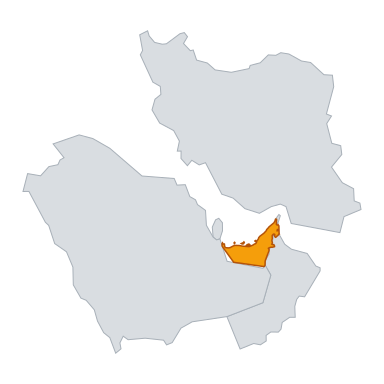 United Arab Emirates shown with its bordering countries
{"feature_id": "ARE", "entity_name": "United Arab Emirates", "entity_type": "country or territory", "adm_level": 0, "iso_a3": "ARE", "parent_name": "Asia", "parent_adm1": "", "projection": "robinson", "projection_center": [54.388, 24.345], "detail": "fine", "context": "with_neighbors", "style": "filled", "palette": "amber", "viewbox_px": 384, "rotation_deg": 0, "n_neighbors": 4, "source": "natural_earth", "source_scale": "50m", "svg_char_len": 4518}
<svg xmlns="http://www.w3.org/2000/svg" viewBox="0 0 384 384"><path d="M213.1,237.1L212.3,227.1L215.6,219.8L218.8,218.3L222.4,222.7L222.5,230.8L219.9,238.9L216.6,239.9L213.1,237.1Z" fill="#d9dde1" stroke="#a8b0b8" stroke-width="1"/><path d="M265.3,265.4L265.6,259.8L269.1,254.1L269.1,248.4L274.5,245.7L272.3,243.8L273.3,234.8L279.4,234.8L284.7,244.2L291.4,249.2L307.2,253.5L315.8,266.0L320.1,267.8L320.1,270.9L304.6,296.8L299.2,296.1L296.7,299.4L294.8,306.4L295.2,317.3L289.7,317.3L282.2,322.4L281.0,329.2L278.3,332.1L270.8,332.0L266.1,335.4L266.2,341.0L260.4,344.8L253.7,343.5L240.1,349.0L226.9,316.6L262.9,302.7L270.8,275.1L265.3,265.4ZM277.7,223.9L275.4,219.2L278.9,214.5L280.3,215.7L277.7,223.9Z" fill="#d9dde1" stroke="#a8b0b8" stroke-width="1"/><path d="M187.4,165.7L181.0,158.5L181.1,151.1L177.3,151.1L179.4,141.1L173.7,130.6L159.7,123.1L152.0,109.9L155.0,99.2L160.9,94.4L160.3,86.4L152.9,82.2L140.3,54.8L142.6,50.5L139.7,34.8L147.6,30.8L149.2,36.0L154.6,42.4L162.3,44.2L166.4,43.8L180.0,33.7L184.3,32.6L187.5,36.7L183.5,43.5L190.3,50.7L193.2,50.0L196.6,60.1L207.3,63.0L215.1,69.9L231.3,72.3L249.1,68.6L250.2,65.4L260.2,62.8L268.3,54.9L275.9,55.3L280.8,52.7L288.9,54.0L301.5,61.0L310.6,62.5L323.9,74.7L332.4,75.2L333.7,86.7L326.4,114.0L331.5,116.0L326.7,123.6L331.8,143.3L340.7,145.7L341.8,154.5L331.5,167.1L342.3,182.7L353.6,188.7L354.2,200.9L359.9,203.1L361.0,209.5L344.0,216.6L339.9,232.6L291.2,223.5L286.0,206.6L280.3,204.1L271.3,206.6L259.4,213.3L245.0,208.7L233.1,198.1L221.8,194.2L205.5,162.7L199.2,164.9L191.8,160.3L187.4,165.7Z" fill="#d9dde1" stroke="#a8b0b8" stroke-width="1"/><path d="M27.6,173.6L40.6,175.8L48.9,166.6L57.9,164.7L60.0,160.0L64.0,157.7L53.1,143.9L79.1,134.9L92.9,138.6L109.8,148.3L142.0,176.0L174.2,178.5L177.0,185.1L185.3,184.7L189.8,196.6L195.5,199.8L197.5,204.6L205.5,210.4L206.4,225.3L213.1,237.1L216.6,239.9L219.9,238.9L227.1,261.3L262.9,268.3L265.3,265.4L270.8,275.1L262.9,302.7L226.9,316.6L192.2,321.8L181.0,328.1L172.2,342.6L166.6,344.9L163.6,340.2L145.2,338.2L128.1,339.7L123.2,336.2L119.9,342.9L121.0,348.8L115.7,353.2L109.8,337.6L103.7,332.7L97.5,321.1L94.3,309.8L86.2,300.3L80.9,298.1L73.3,284.9L72.9,267.1L66.5,251.8L54.7,243.6L48.7,225.4L45.4,222.3L28.9,191.4L23.0,191.5L27.6,173.6Z" fill="#d9dde1" stroke="#a8b0b8" stroke-width="1"/><path d="M278.1,224.7L278.9,225.9L279.1,233.5L279.3,234.0L278.8,234.1L278.4,234.7L277.8,235.6L277.1,236.0L276.5,236.6L275.9,237.2L275.4,237.3L274.8,236.5L274.3,235.7L274.7,235.4L274.8,235.0L274.7,234.4L274.2,234.1L273.6,234.1L273.1,234.4L272.5,235.0L272.2,235.5L272.2,236.7L272.3,238.1L272.3,238.7L272.0,239.6L271.9,240.8L272.1,241.7L272.3,242.2L272.4,242.7L271.8,244.2L272.3,244.5L273.8,244.6L274.3,245.6L274.6,246.2L274.5,246.7L273.4,247.0L272.1,247.3L271.1,247.2L269.3,247.7L268.4,248.3L268.6,248.8L269.0,249.1L269.1,250.0L268.8,251.3L268.3,252.6L267.7,254.2L267.0,256.0L266.0,258.7L265.2,260.9L265.1,262.4L265.1,263.4L265.0,265.4L264.2,266.5L263.1,266.4L262.8,266.4L261.9,266.3L260.5,266.1L258.7,265.8L256.5,265.5L254.1,265.2L251.5,264.8L248.9,264.4L246.2,264.0L243.7,263.7L241.3,263.3L239.1,263.0L237.3,262.8L235.9,262.6L235.0,262.5L234.7,262.4L233.7,262.3L233.1,261.5L232.5,260.6L231.8,259.7L231.2,258.8L230.5,257.9L229.9,257.0L229.2,256.1L228.6,255.2L227.9,254.3L227.3,253.4L226.6,252.5L226.0,251.6L225.3,250.7L224.7,249.8L224.0,248.9L223.4,248.0L222.7,247.0L222.3,246.4L222.1,245.8L222.0,244.0L222.0,243.6L222.5,242.9L222.7,243.4L223.2,244.1L224.0,243.9L224.4,244.0L224.7,246.5L225.3,247.4L226.0,247.7L228.5,247.9L230.1,247.6L233.2,246.0L234.8,245.4L239.3,245.5L242.9,246.2L248.6,246.6L249.6,246.5L252.7,245.2L254.5,244.0L255.6,243.7L256.4,242.6L256.8,241.1L257.3,240.2L257.8,239.8L258.3,239.0L258.7,237.7L259.8,236.3L263.9,233.2L266.4,230.5L266.6,229.6L267.9,228.3L269.0,226.9L273.9,222.8L274.9,221.1L275.5,219.2L276.0,219.0L276.6,219.3L276.6,220.7L276.4,222.0L276.4,223.4L276.3,224.2L276.8,224.8L277.6,225.1L277.9,225.1L278.1,224.7ZM278.0,230.5L278.0,229.9L277.9,229.6L277.4,229.5L277.2,230.0L277.1,230.8L277.5,230.8L278.0,230.5ZM250.1,245.1L250.1,245.6L248.8,245.4L248.5,245.7L247.5,245.5L246.6,245.2L247.2,244.6L248.9,244.0L249.6,244.6L250.1,245.1ZM243.0,244.0L242.1,244.0L241.3,243.5L243.0,242.8L243.4,242.5L243.9,241.9L244.3,242.4L243.9,243.3L243.6,243.7L243.0,244.0ZM256.4,241.4L256.3,241.7L256.0,241.7L255.2,241.4L254.9,241.0L255.4,240.6L255.6,240.5L256.0,241.0L256.4,241.4ZM234.5,243.5L234.3,243.6L234.1,242.9L234.1,242.7L234.6,242.3L235.0,242.9L234.5,243.5Z" fill="#f59e0b" stroke="#b45309" stroke-width="1.5"/></svg>